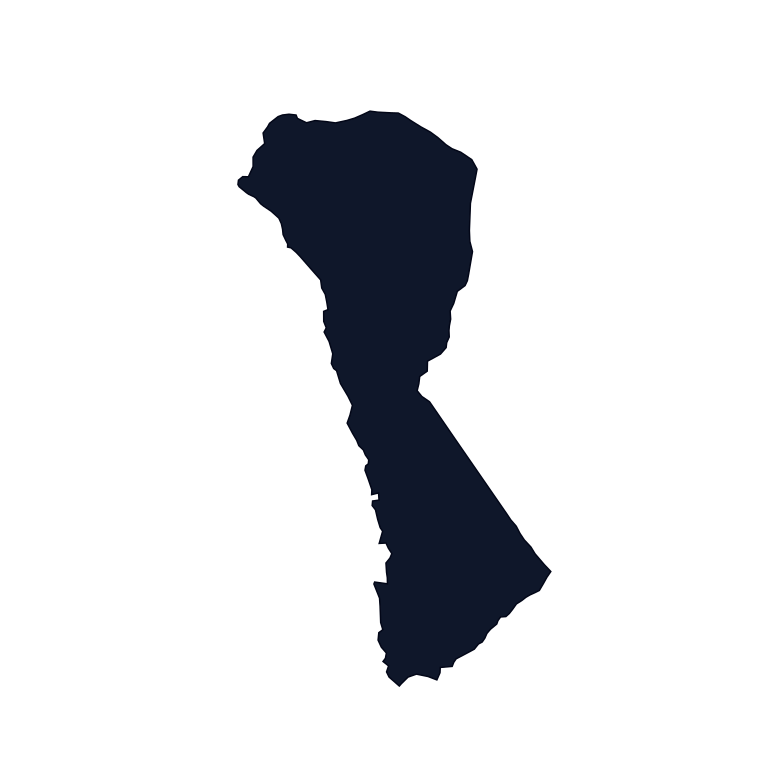 Neo Chorio Pafou, Paphos, Cyprus (Robinson projection), rotated 217°
{"feature_id": "46923920B91112583307672", "entity_name": "Neo Chorio Pafou", "entity_type": "district", "adm_level": 2, "iso_a3": "CYP", "parent_name": "Cyprus", "parent_adm1": "Paphos", "projection": "robinson", "projection_center": [32.33, 35.056], "detail": "fine", "context": "isolated", "style": "filled", "palette": "ink", "viewbox_px": 768, "rotation_deg": 217, "n_neighbors": 0, "source": "geoboundaries", "source_scale": "gbopen_adm2", "svg_char_len": 2463}
<svg xmlns="http://www.w3.org/2000/svg" viewBox="0 0 768 768"><g transform="rotate(217 384 384)"><path d="M620.7,455.4L618.4,454.4L613.4,454.2L609.0,454.0L606.1,454.1L600.6,455.3L598.3,455.4L591.0,453.7L587.0,453.6L578.3,454.1L573.2,453.7L567.8,453.2L562.5,450.3L558.2,446.6L554.5,442.6L548.8,439.6L545.2,437.9L543.4,435.3L540.2,436.8L533.4,436.3L527.9,435.4L510.8,431.8L497.2,429.0L491.5,423.2L484.8,420.2L478.9,414.9L473.5,409.7L475.9,405.7L469.8,397.7L463.9,394.1L463.1,389.5L453.4,384.9L443.1,377.3L438.4,368.7L433.5,366.1L429.9,366.1L419.1,358.2L405.5,352.6L396.4,348.0L392.4,338.6L389.9,330.6L379.2,325.6L371.9,322.6L367.0,319.6L360.8,318.9L356.3,316.2L350.6,314.3L348.5,310.8L349.3,307.6L347.3,303.7L339.4,298.6L330.1,292.3L327.3,288.2L322.8,293.7L318.1,288.3L322.7,283.7L320.3,279.8L315.1,278.4L307.6,272.1L300.6,267.0L296.5,265.6L291.9,253.8L286.7,258.2L281.7,255.5L275.7,253.3L274.5,248.6L274.7,242.2L268.6,235.1L264.7,231.2L261.0,226.5L272.3,220.2L271.7,218.2L258.7,210.3L253.5,204.3L243.1,191.5L237.1,187.1L238.5,182.3L234.6,175.9L227.7,172.2L220.2,170.6L217.8,165.8L217.8,161.8L210.7,161.6L208.7,155.6L203.6,153.0L190.0,152.0L189.8,155.0L188.4,164.4L183.5,171.8L172.8,176.9L163.7,179.5L165.5,187.1L168.5,191.5L159.6,199.5L160.8,203.7L161.0,207.9L154.3,222.2L152.3,226.6L152.1,233.2L150.3,237.0L150.5,241.7L151.7,246.7L151.4,252.1L149.5,260.2L150.6,263.6L150.7,268.1L146.7,271.6L145.8,276.2L145.7,281.6L145.9,288.0L143.6,294.2L142.3,299.1L140.5,303.4L137.9,308.2L135.7,312.6L136.6,320.5L137.6,327.7L137.9,334.6L138.3,334.7L147.2,336.2L161.2,339.3L168.5,342.2L178.1,343.9L185.5,346.5L192.8,350.0L201.1,351.8L207.3,354.0L294.6,383.0L336.9,397.2L346.3,396.8L353.5,398.6L356.3,405.1L360.0,411.5L357.2,420.3L363.0,428.4L356.9,441.9L356.3,450.5L358.8,454.7L360.2,460.8L364.3,465.8L366.8,469.8L369.8,475.9L375.1,482.1L376.8,490.3L381.2,502.1L378.5,511.4L379.6,516.7L382.6,522.8L387.5,532.3L393.0,543.0L401.3,549.6L408.2,558.0L423.7,580.3L435.2,603.9L439.0,611.6L448.9,616.0L462.2,615.3L471.4,612.8L478.6,612.4L489.1,613.2L498.4,613.1L509.6,611.5L521.3,610.5L527.9,610.2L535.6,609.0L541.1,605.1L552.5,597.4L559.4,593.5L563.2,586.2L567.5,578.6L572.2,572.2L579.9,563.3L588.2,558.7L597.6,552.9L603.1,546.0L613.0,544.0L616.1,545.9L622.2,542.3L627.0,537.7L629.5,533.8L632.3,523.3L631.7,519.3L631.6,511.7L624.0,504.2L626.0,494.1L625.1,486.4L619.4,478.9L617.0,467.9L621.6,464.6L622.9,459.2L620.7,455.4Z" fill="#0f172a" stroke="#020617" stroke-width="1.5"/></g></svg>